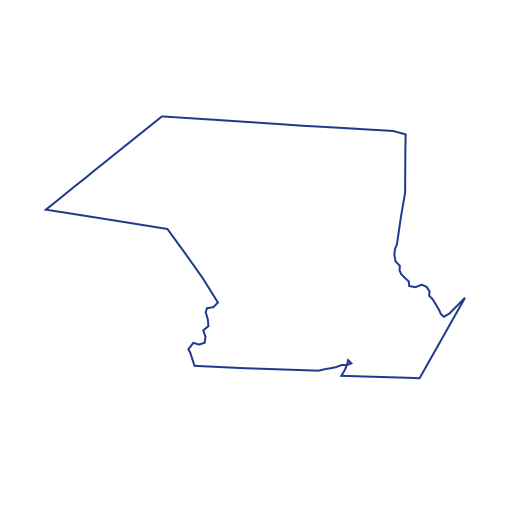 the district of Viçosa, Alagoas, Brazil, rotated 256°
{"feature_id": "56859067B60749603012982", "entity_name": "Viçosa", "entity_type": "district", "adm_level": 2, "iso_a3": "BRA", "parent_name": "Brazil", "parent_adm1": "Alagoas", "projection": "natural_earth1", "projection_center": [-36.297, -9.342], "detail": "fine", "context": "isolated", "style": "outline", "palette": "blue", "viewbox_px": 512, "rotation_deg": 256, "n_neighbors": 0, "source": "geoboundaries", "source_scale": "gbopen_adm2", "svg_char_len": 1027}
<svg xmlns="http://www.w3.org/2000/svg" viewBox="0 0 512 512"><g transform="rotate(256 256 256)"><path d="M414.2,198.5L376.7,117.0L373.3,110.1L367.4,96.8L358.4,77.7L351.8,63.3L332.3,109.4L303.6,176.6L273.2,188.9L247.2,199.0L220.0,207.8L216.7,202.2L217.2,195.8L213.5,193.6L206.3,193.9L199.5,192.9L196.6,186.8L189.8,187.4L184.3,185.2L183.8,179.4L186.9,174.2L181.9,167.8L178.2,168.8L164.3,169.8L150.5,215.7L129.6,288.9L129.5,295.9L129.0,301.6L128.8,306.8L129.5,313.0L128.1,317.7L123.9,314.6L119.1,309.8L100.7,375.3L97.8,385.1L164.9,448.7L153.3,429.6L151.6,423.5L155.0,421.3L159.0,420.7L165.3,418.8L171.0,417.1L175.5,414.4L179.5,415.8L184.7,414.1L188.0,410.0L187.2,403.0L189.8,397.4L194.3,398.1L198.4,395.4L203.3,392.5L207.3,391.8L211.6,393.2L217.0,390.1L223.6,390.5L229.1,392.5L233.3,395.6L258.2,405.8L281.4,416.0L321.3,426.2L337.8,430.6L344.2,419.1L354.1,387.4L359.2,371.3L371.3,332.1L377.8,312.2L385.7,287.7L414.2,198.5ZM128.1,317.7L132.6,320.2L128.8,322.5L128.1,317.7Z" fill="none" stroke="#1e3a8a" stroke-width="2"/></g></svg>